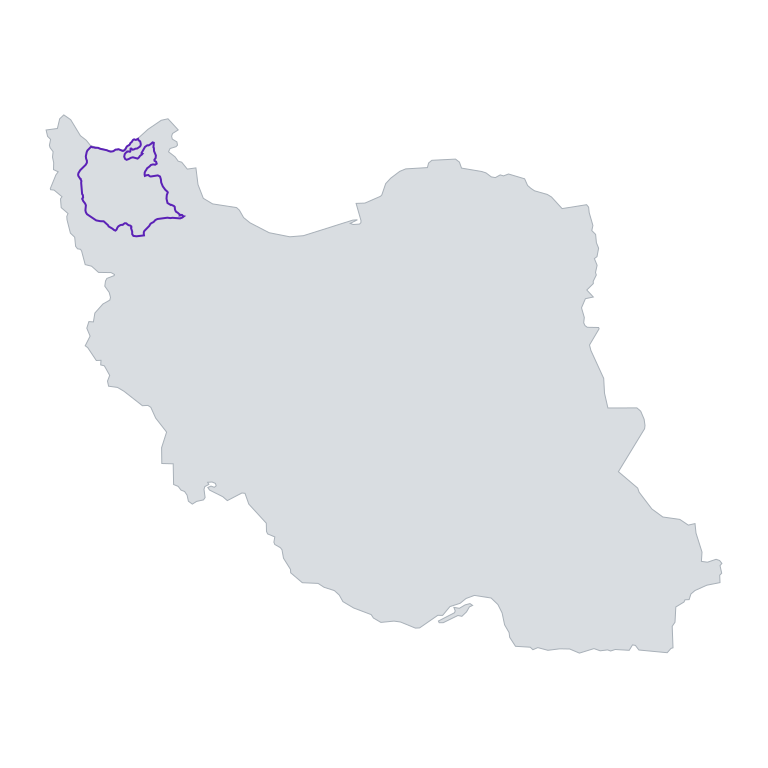 East Azarbaijan highlighted on a map of Iran
{"feature_id": "IRN-3238", "entity_name": "East Azarbaijan", "entity_type": "Province", "adm_level": 1, "iso_a3": "IRN", "parent_name": "Iran", "parent_adm1": "", "projection": "albers", "projection_center": [46.749, 37.961], "detail": "fine", "context": "in_parent", "style": "outline", "palette": "violet", "viewbox_px": 768, "rotation_deg": 0, "n_neighbors": 0, "source": "natural_earth", "source_scale": "10m", "svg_char_len": 6541}
<svg xmlns="http://www.w3.org/2000/svg" viewBox="0 0 768 768"><path d="M356.1,203.4L364.9,203.1L380.5,196.3L381.8,195.0L385.7,183.6L390.7,178.2L399.7,171.4L405.7,168.9L427.4,167.6L428.6,163.0L431.9,160.3L455.5,159.1L459.4,162.1L461.5,168.1L481.7,171.5L486.0,172.9L491.3,176.9L495.4,177.6L500.2,174.9L503.5,175.9L508.5,174.0L524.6,178.8L527.6,185.5L530.8,188.3L534.5,190.8L547.4,194.5L551.5,197.0L562.1,208.6L586.6,204.7L588.6,207.2L589.2,212.7L592.9,225.5L591.8,230.6L595.6,234.4L596.4,242.7L598.6,248.2L597.0,256.6L594.4,258.6L597.1,265.3L595.5,272.5L596.3,275.0L593.2,281.3L593.3,283.6L586.8,290.0L593.3,297.0L585.4,298.7L581.5,307.8L584.3,317.5L583.7,322.8L585.0,325.6L587.3,327.3L598.6,327.5L599.1,328.8L589.5,345.0L590.9,350.5L603.7,378.4L604.5,393.2L607.9,408.0L636.9,407.9L640.7,411.2L644.1,419.2L645.0,425.4L644.6,428.7L618.4,471.7L637.7,488.1L639.1,492.2L651.9,509.0L662.8,517.0L679.8,519.4L688.3,525.1L695.0,523.6L696.0,533.1L702.0,552.1L701.4,561.4L707.5,562.2L716.1,559.3L719.6,560.5L721.9,563.4L720.0,565.6L721.7,573.2L719.7,575.2L720.0,582.6L706.8,585.2L695.0,590.5L690.9,594.0L689.1,599.6L685.0,599.8L684.0,602.0L675.8,607.0L675.0,622.2L672.2,626.3L673.0,647.8L671.0,648.4L667.2,652.7L638.9,650.0L635.4,645.4L632.5,644.9L629.2,650.3L615.2,649.5L610.6,651.0L607.6,649.9L600.2,650.8L594.0,648.6L579.4,653.1L569.7,649.0L559.8,648.8L547.9,650.3L537.8,647.6L532.9,649.7L530.2,647.2L515.5,646.3L509.7,637.3L509.1,632.6L504.6,624.8L502.1,612.9L497.9,604.5L491.1,598.0L474.3,595.4L466.0,598.5L460.1,603.3L449.9,606.6L442.6,615.4L437.8,615.3L419.6,627.9L415.4,628.1L400.5,622.0L394.0,621.1L380.9,622.4L373.4,618.0L371.2,614.6L353.7,608.0L342.9,601.6L339.3,595.1L334.4,590.6L324.1,587.3L318.1,583.4L302.3,582.7L290.7,572.8L290.5,569.4L283.5,558.2L282.0,549.8L280.4,547.7L274.8,544.5L273.9,542.2L274.8,536.9L267.6,533.9L266.5,531.4L266.3,523.2L248.8,504.1L245.0,493.3L241.9,493.0L227.3,500.6L222.8,496.7L209.6,490.1L207.8,487.5L211.0,486.1L214.3,487.3L216.2,485.8L215.4,483.4L212.1,482.0L207.6,482.3L208.9,484.4L204.8,486.6L204.0,489.4L205.1,497.5L203.5,499.9L196.6,501.4L192.3,504.1L188.4,501.2L187.1,495.2L184.6,491.5L181.0,490.1L178.2,486.4L173.6,484.5L173.2,463.8L161.8,463.5L161.6,447.7L166.6,432.1L155.7,418.1L150.8,407.3L147.9,405.4L142.4,405.7L123.9,391.2L117.4,387.4L108.6,386.2L107.5,381.1L109.7,375.4L105.6,368.0L104.3,365.8L100.7,364.9L101.0,360.3L96.3,360.5L87.7,347.6L85.2,345.8L90.1,336.1L86.8,328.2L88.9,321.6L93.4,321.9L94.9,313.0L102.9,304.0L109.8,300.1L110.5,297.4L109.2,292.4L104.8,286.2L105.5,281.0L106.9,278.4L114.2,275.6L114.5,274.5L111.1,272.6L98.5,272.4L91.6,266.2L85.2,264.6L81.6,251.0L80.5,249.3L77.5,248.8L75.6,246.3L74.7,237.2L70.4,233.1L67.0,219.7L66.8,216.4L68.0,213.5L61.2,207.6L60.5,198.8L62.0,196.7L54.1,190.1L50.6,189.7L50.3,188.6L55.9,174.9L58.2,171.8L53.5,169.6L53.7,162.8L52.5,157.1L53.1,151.7L50.1,147.7L49.4,145.3L50.6,139.4L47.6,136.4L46.1,130.0L57.4,128.5L59.7,118.8L63.8,114.9L70.7,119.7L80.4,135.7L86.3,140.3L90.6,145.7L111.9,151.4L116.5,149.7L123.9,150.0L133.1,140.3L137.3,139.0L148.0,129.3L161.2,120.3L168.0,118.8L178.2,129.9L172.5,133.5L171.6,136.3L172.3,139.1L176.9,141.9L177.5,145.1L176.0,146.7L170.1,148.5L168.5,151.8L175.0,156.8L178.2,161.2L181.7,162.2L187.3,169.1L195.9,167.9L198.0,184.6L203.3,198.3L212.6,203.9L236.6,207.6L239.4,210.2L243.6,217.6L250.0,222.8L269.1,232.7L289.8,236.8L303.4,235.7L352.8,220.1L357.4,219.8L350.2,223.4L353.1,224.5L359.5,224.1L360.9,222.7L361.0,220.6L356.1,203.4ZM469.4,606.9L466.5,611.9L461.9,616.3L457.9,615.5L443.2,622.7L439.2,622.7L438.4,621.0L454.6,612.7L455.2,610.8L453.9,607.4L459.4,608.3L465.1,604.9L470.0,603.6L472.6,605.4L469.4,606.9Z" fill="#d9dde1" stroke="#a8b0b8" stroke-width="1"/><path d="M118.4,149.2L118.8,149.3L122.0,150.7L122.6,150.9L123.2,150.9L123.8,150.6L124.3,150.3L124.8,149.9L125.2,149.4L125.6,148.8L126.5,147.0L126.9,146.5L127.4,146.0L129.2,145.1L129.7,144.6L130.3,143.4L130.6,142.8L130.9,142.6L131.4,142.3L131.6,142.1L131.8,141.9L132.6,140.5L133.0,140.0L133.5,139.6L134.0,139.4L134.5,139.4L135.3,139.8L135.8,139.9L136.2,139.8L138.0,138.8L138.3,139.6L138.4,140.0L138.8,140.5L139.8,141.0L140.3,141.8L140.8,144.2L140.7,145.0L140.5,145.7L139.9,146.6L137.2,148.5L135.3,148.7L134.0,149.4L132.7,149.7L131.2,148.5L130.6,148.6L130.5,149.2L130.5,150.3L130.3,151.4L129.9,151.8L128.2,151.4L127.1,151.5L126.8,152.1L125.9,152.6L124.7,154.2L124.2,156.7L125.1,158.9L126.6,159.8L128.8,159.0L130.9,157.8L132.9,157.3L137.6,158.6L138.9,157.5L140.0,155.9L142.0,154.4L142.4,153.9L141.9,153.8L141.5,153.1L145.0,146.9L147.3,145.3L148.6,145.4L150.6,144.2L152.6,142.4L153.8,142.8L153.4,147.3L153.9,148.0L154.0,151.0L155.9,155.5L155.6,158.1L154.4,159.7L154.5,160.8L156.1,161.7L156.7,163.7L155.2,164.7L153.0,164.4L150.9,165.0L149.6,166.4L147.1,168.3L146.1,170.1L145.3,171.2L144.7,172.6L144.6,174.7L144.9,175.9L146.4,175.3L148.4,175.0L149.4,176.0L149.9,176.3L150.8,176.5L157.8,175.4L160.0,176.5L160.9,179.4L161.2,182.5L162.8,186.4L165.3,189.8L167.4,191.7L167.8,192.4L167.4,193.5L166.8,195.0L166.5,198.7L167.5,203.0L170.6,204.9L170.8,204.7L171.5,204.9L173.9,206.0L174.7,206.8L175.0,209.6L175.9,211.6L177.8,212.8L178.5,213.5L180.0,214.7L179.9,214.9L179.7,215.5L180.0,215.5L180.2,215.1L180.7,215.0L181.8,214.9L182.3,215.1L182.7,216.0L183.0,216.0L183.5,216.2L183.9,216.3L183.5,216.6L182.4,217.5L180.1,218.4L172.5,217.8L170.4,218.1L167.4,217.7L157.5,219.0L156.4,219.5L155.3,220.1L153.6,222.0L151.5,223.1L150.5,223.8L149.2,226.0L144.4,230.9L143.8,232.2L143.8,234.1L144.0,235.4L136.5,236.3L133.4,235.9L132.2,234.2L132.2,231.6L131.0,227.9L131.4,227.3L131.3,226.4L130.3,225.6L128.6,225.2L127.4,224.4L126.4,223.4L124.9,223.2L123.6,224.0L122.7,224.9L121.9,224.8L120.4,225.1L118.4,226.3L117.4,227.6L116.9,228.8L116.8,229.1L116.3,229.9L115.4,230.6L113.9,229.9L112.5,228.7L108.6,226.4L108.1,225.3L103.7,221.3L100.3,221.2L96.2,220.4L87.0,214.2L85.9,212.4L85.4,210.3L85.9,205.3L85.1,203.5L83.1,200.9L82.9,200.2L82.4,199.4L82.2,198.8L82.4,198.3L82.7,198.1L83.0,197.9L83.1,197.7L82.9,195.3L82.8,195.1L82.7,194.8L82.1,194.0L81.2,183.2L81.2,181.9L81.3,181.7L81.4,181.1L81.2,180.4L81.0,180.0L80.8,179.8L80.6,179.5L80.6,179.0L80.4,179.0L78.5,176.2L78.1,174.9L78.4,173.2L80.2,170.2L85.7,164.8L86.9,162.7L86.9,160.7L86.1,158.6L85.8,156.3L86.7,152.1L87.4,150.5L90.9,146.9L91.1,146.7L91.6,146.8L92.2,147.2L92.4,147.2L92.6,147.3L93.4,147.3L95.2,147.8L98.0,147.8L99.5,148.5L100.2,148.8L106.7,150.2L108.8,151.1L110.6,151.6L110.9,151.6L112.9,151.3L113.5,151.1L115.1,149.9L115.7,149.6L116.1,149.5L117.3,149.5L118.1,149.2L118.4,149.2Z" fill="none" stroke="#5b21b6" stroke-width="2"/></svg>